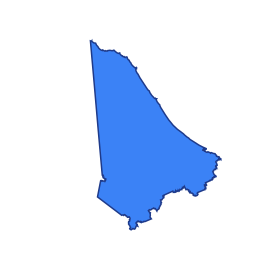 the district of East Gippsland, Victoria, Australia, rotated 238°
{"feature_id": "25037944B19226887893594", "entity_name": "East Gippsland", "entity_type": "district", "adm_level": 2, "iso_a3": "AUS", "parent_name": "Australia", "parent_adm1": "Victoria", "projection": "orthographic", "projection_center": [148.347, -37.346], "detail": "fine", "context": "isolated", "style": "filled", "palette": "blue", "viewbox_px": 256, "rotation_deg": 238, "n_neighbors": 0, "source": "geoboundaries", "source_scale": "gbopen_adm2", "svg_char_len": 5539}
<svg xmlns="http://www.w3.org/2000/svg" viewBox="0 0 256 256"><g transform="rotate(238 128 128)"><path d="M180.3,121.2L142.7,102.0L101.7,81.2L101.2,81.9L100.9,81.9L100.7,81.2L99.9,80.9L99.6,81.1L99.6,80.9L99.3,80.9L99.1,80.7L98.8,80.9L98.6,80.8L98.4,81.1L97.1,81.2L97.1,81.6L96.8,81.6L96.6,82.0L96.1,81.5L95.9,81.6L95.8,81.4L96.0,81.4L95.6,80.6L95.3,80.8L95.1,80.4L95.5,80.5L95.6,79.9L96.1,78.8L96.7,78.5L97.0,78.1L96.6,78.1L96.7,77.8L97.2,77.5L97.2,77.3L97.5,77.3L97.4,76.8L97.6,76.7L85.7,65.6L57.3,76.4L57.3,76.8L56.9,77.7L56.2,78.0L56.5,78.5L56.4,79.2L55.9,79.5L55.4,79.4L54.5,79.7L54.2,80.2L53.4,80.1L52.5,80.3L52.3,81.2L52.0,81.3L52.0,81.9L51.6,82.0L50.3,81.9L49.7,81.4L49.6,80.9L49.4,81.0L49.0,80.4L48.5,80.4L48.1,79.9L48.2,79.1L48.2,78.9L47.3,78.2L46.8,78.2L46.3,77.6L43.7,77.7L43.0,77.4L42.6,77.6L42.1,77.4L41.9,76.9L41.9,76.2L41.6,76.0L40.6,76.3L40.0,76.8L40.0,77.9L40.3,78.2L40.2,79.0L39.9,79.2L39.5,79.2L39.3,79.6L38.7,80.1L39.2,81.3L40.4,82.8L40.3,83.8L39.7,84.2L40.5,84.3L41.1,84.6L41.4,84.2L41.9,84.6L42.3,84.3L43.2,84.4L43.5,85.1L43.3,85.6L43.8,86.2L43.6,86.7L43.8,87.1L43.5,87.5L42.9,87.4L42.6,87.6L42.5,87.9L42.1,88.2L42.4,88.7L42.4,88.9L42.1,89.1L41.4,88.9L41.4,89.6L40.9,89.5L41.0,89.8L40.2,90.8L40.5,91.8L40.2,92.4L39.7,92.6L38.6,99.5L38.9,99.4L39.0,99.6L39.7,99.6L40.0,99.3L40.6,99.5L41.5,100.0L42.0,100.6L43.6,101.4L43.9,101.4L43.9,101.6L44.4,101.6L44.5,101.9L44.8,101.6L45.4,101.7L45.9,101.4L47.1,101.5L47.1,101.8L47.2,102.1L47.0,102.3L47.3,102.7L46.9,103.0L47.2,102.9L47.2,103.3L46.5,103.8L46.6,105.7L46.7,105.8L46.5,106.6L46.6,107.2L45.9,107.6L45.5,107.5L45.4,108.0L45.5,108.2L45.2,108.5L42.3,108.5L42.9,109.2L42.8,109.5L43.0,109.7L43.1,110.1L42.9,110.9L43.4,111.6L43.3,111.8L44.2,112.5L44.4,113.3L45.2,114.2L45.4,114.9L45.9,115.7L46.9,116.0L46.9,116.8L48.2,116.9L48.8,117.4L49.7,117.5L49.6,118.1L49.2,118.8L49.8,119.9L49.8,120.3L50.0,120.4L50.1,121.3L50.0,121.5L50.8,122.0L51.4,121.4L52.0,121.7L52.1,122.2L51.7,122.9L52.0,123.1L50.7,132.6L49.4,132.3L49.2,133.0L48.8,133.6L48.6,133.6L48.5,133.9L48.7,134.0L48.7,134.4L49.0,134.4L49.4,134.9L49.0,134.8L48.8,135.0L48.9,135.3L48.7,135.3L48.8,135.5L48.3,135.5L48.2,136.0L48.5,136.7L48.4,136.6L48.5,136.9L48.1,137.0L48.6,137.5L48.0,137.5L47.6,137.8L47.9,137.9L47.9,138.2L47.5,138.1L47.8,138.3L47.8,138.9L48.2,139.3L47.8,139.4L47.8,139.8L47.5,139.7L47.7,139.9L47.6,140.1L47.8,140.2L47.8,140.9L47.5,141.1L47.8,141.3L47.8,141.7L48.0,141.4L48.2,141.8L48.3,142.2L48.2,142.5L48.3,142.6L48.3,143.1L48.6,143.1L48.5,143.3L48.6,143.9L48.3,143.8L48.5,144.4L48.2,144.6L48.4,144.8L44.9,144.5L44.8,145.7L44.1,145.9L43.5,146.6L43.0,146.2L42.8,146.5L42.2,146.4L41.9,146.1L41.5,146.7L41.3,146.2L40.6,146.1L40.7,146.5L40.6,146.8L40.2,146.5L39.9,146.6L39.3,147.1L39.0,147.8L38.2,147.8L37.6,148.3L36.7,148.0L36.4,147.7L35.4,148.3L35.5,149.1L34.8,149.1L34.8,149.4L34.5,149.5L34.4,150.2L34.2,150.4L34.3,150.8L34.2,151.2L34.7,152.2L35.1,152.3L35.8,152.0L36.4,152.7L35.2,159.9L35.0,160.2L34.9,160.6L35.9,161.1L36.0,161.7L36.3,161.9L35.6,162.1L35.8,162.3L36.9,162.2L37.1,162.5L37.4,162.3L38.0,162.5L38.4,162.3L38.9,162.9L39.2,162.8L39.2,163.1L38.9,163.2L37.8,164.1L37.3,164.3L40.5,164.7L39.9,169.2L40.2,169.3L40.2,169.7L39.8,169.7L39.7,170.0L40.0,170.4L39.6,171.3L39.9,171.6L39.5,172.1L39.9,172.4L39.7,172.7L39.9,173.0L40.3,173.0L40.2,173.6L40.3,173.3L40.6,173.4L40.9,173.2L41.0,173.4L40.5,174.3L40.9,174.7L40.4,174.9L40.4,175.2L40.8,175.3L40.9,175.1L41.0,175.7L40.6,175.5L40.5,175.8L40.8,175.7L41.0,176.0L40.5,176.1L40.5,176.5L40.1,176.7L40.2,177.0L40.8,177.1L42.8,176.3L46.0,176.8L46.1,177.2L46.4,177.4L46.3,178.0L46.7,178.3L46.9,179.2L47.1,179.4L47.0,179.9L46.7,180.1L46.9,180.2L46.7,180.6L47.0,181.0L46.9,181.2L47.1,181.1L47.5,181.6L47.4,182.1L47.9,182.3L48.8,181.9L49.3,182.2L49.4,182.5L49.1,182.7L49.3,183.0L49.1,183.8L49.3,184.0L50.3,184.1L51.2,184.5L52.5,184.4L53.0,184.8L53.2,185.7L52.9,186.1L52.9,186.4L53.2,186.7L53.3,187.3L53.3,187.6L52.9,187.9L53.4,188.3L52.7,188.6L52.6,189.2L52.8,189.6L52.7,189.7L52.8,189.6L52.8,189.8L52.0,190.0L52.5,190.4L53.4,189.8L53.9,189.9L54.5,189.5L54.8,189.9L55.5,189.9L56.1,188.8L57.1,188.1L57.7,188.6L58.3,188.5L58.9,188.1L60.1,188.2L61.3,186.8L62.9,185.7L62.9,184.6L63.6,184.6L64.6,183.7L65.5,183.2L65.5,182.1L66.1,181.6L67.6,181.0L67.7,180.7L68.2,180.7L69.5,179.7L70.1,180.4L70.3,181.0L69.9,181.4L68.7,182.0L68.8,182.2L68.6,183.0L69.1,183.4L72.2,181.3L75.9,179.1L85.5,174.5L87.4,174.1L89.0,173.3L92.3,172.2L93.5,172.0L100.7,169.2L106.4,167.7L113.5,166.8L119.7,166.6L127.9,166.6L129.8,166.8L130.8,167.2L132.4,166.8L135.0,166.6L136.9,166.9L137.5,167.2L137.5,167.6L137.6,167.8L138.1,167.1L138.7,167.0L138.6,166.5L139.1,166.2L143.1,165.4L146.6,165.3L148.1,165.7L149.2,165.2L151.0,165.0L164.2,164.7L168.3,165.0L170.2,164.8L172.5,165.1L173.8,165.8L173.9,166.1L173.7,166.6L174.4,167.1L174.7,166.5L175.0,166.7L175.0,166.2L175.5,165.7L178.8,164.8L180.5,164.7L181.8,164.9L183.5,164.6L184.8,164.9L185.4,164.5L186.9,164.3L187.7,164.4L188.5,164.8L189.2,164.2L189.4,163.2L189.3,162.9L190.0,162.5L190.6,162.6L190.8,162.3L190.7,162.1L191.2,161.6L192.0,161.3L192.3,161.4L192.6,161.0L194.0,160.6L195.4,160.4L196.0,160.8L196.1,160.7L196.3,159.5L197.4,158.6L199.5,157.8L201.5,157.3L201.5,156.4L201.8,156.1L201.9,155.5L203.5,153.8L204.4,151.8L204.2,151.5L204.3,151.1L205.0,150.2L205.3,150.1L205.2,149.7L205.5,149.4L205.7,148.9L207.6,147.9L207.3,147.3L208.2,146.6L209.6,145.9L211.2,145.5L212.9,145.6L214.9,145.2L217.1,145.5L218.3,144.1L220.6,143.2L221.0,143.4L220.9,143.2L221.1,142.9L221.8,142.3L180.3,121.2Z" fill="#3b82f6" stroke="#1e3a8a" stroke-width="1.5"/></g></svg>